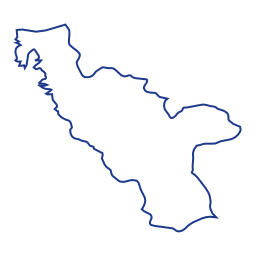 an SVG outline of Halland
{"feature_id": "SWE-187", "entity_name": "Halland", "entity_type": "County", "adm_level": 1, "iso_a3": "SWE", "parent_name": "Sweden", "parent_adm1": "", "projection": "natural_earth1", "projection_center": [12.697, 56.977], "detail": "fine", "context": "isolated", "style": "outline", "palette": "blue", "viewbox_px": 256, "rotation_deg": 0, "n_neighbors": 0, "source": "natural_earth", "source_scale": "10m", "svg_char_len": 3533}
<svg xmlns="http://www.w3.org/2000/svg" viewBox="0 0 256 256"><path d="M141.8,209.2L143.0,207.5L144.6,204.0L145.3,200.6L144.7,197.4L140.9,190.0L138.6,182.8L136.8,180.8L133.1,180.1L130.1,180.3L125.0,181.7L123.1,181.8L121.1,181.7L119.2,181.2L112.7,176.0L111.5,173.9L110.7,170.3L108.8,168.6L106.6,167.1L104.6,164.5L101.9,158.4L102.7,154.9L102.4,153.1L94.3,149.0L93.8,148.4L93.7,147.8L93.7,147.2L93.4,146.8L92.6,146.4L90.6,146.0L89.9,145.6L87.5,142.5L86.2,141.6L82.2,140.9L79.0,139.4L74.3,138.3L72.0,136.4L70.6,133.6L70.2,130.1L70.5,129.3L71.6,127.9L71.9,127.4L71.7,126.4L71.2,124.8L71.1,124.0L70.8,123.1L70.1,121.8L69.1,120.7L65.2,119.4L61.3,117.2L58.3,114.3L58.1,111.3L57.2,111.0L54.7,109.1L57.1,106.6L56.6,104.5L53.0,100.2L52.6,98.9L52.2,95.7L52.1,94.2L51.4,94.2L47.5,94.4L46.1,93.7L50.0,91.1L51.4,89.8L50.0,89.2L47.2,89.1L44.7,88.6L42.5,87.6L40.1,85.9L43.6,85.9L45.3,85.5L47.0,84.9L45.2,84.1L43.4,83.7L39.3,83.7L39.3,82.6L40.6,81.6L41.5,80.5L42.4,79.6L45.3,78.9L45.9,78.0L45.9,76.9L45.3,75.9L45.5,74.0L44.6,72.5L43.2,71.3L41.9,70.4L41.5,70.0L41.2,69.2L40.6,68.5L39.7,68.1L38.7,68.4L36.7,69.2L35.9,69.2L33.7,67.4L35.4,65.4L38.7,63.1L41.1,60.4L35.0,60.4L37.8,59.2L39.0,57.7L38.7,55.8L34.9,50.0L34.2,49.4L33.0,49.6L32.1,50.3L31.3,51.2L30.4,51.6L28.3,54.0L26.6,65.0L24.8,68.1L24.0,65.3L21.2,65.8L19.1,65.8L20.6,61.5L19.1,61.6L17.8,61.6L16.5,61.2L15.4,60.4L16.9,59.0L16.7,56.8L15.8,54.3L15.4,51.6L15.9,49.0L17.0,47.2L18.7,46.0L20.6,45.0L18.5,43.7L16.3,42.8L17.1,42.6L18.9,41.6L16.3,39.9L15.5,39.5L17.3,37.0L16.7,30.0L22.1,29.5L36.3,31.7L45.8,30.4L65.4,24.6L69.1,29.9L69.4,32.0L69.4,35.0L69.1,37.7L68.9,42.3L69.0,43.1L69.1,43.5L69.7,44.9L72.7,47.6L76.5,50.5L78.4,52.3L79.6,53.7L79.8,55.0L79.6,56.4L79.0,58.1L77.2,61.1L76.7,62.2L77.0,64.3L77.9,67.0L81.9,74.7L83.4,76.4L84.8,77.1L88.1,77.2L90.0,76.8L92.0,76.0L93.4,74.8L94.6,73.3L95.5,72.0L96.5,71.1L102.0,67.5L103.4,67.3L108.1,68.1L112.0,68.1L113.7,68.6L115.5,69.9L121.2,75.2L124.0,76.3L125.8,76.3L129.1,75.3L130.2,75.3L131.1,75.8L132.1,76.8L133.5,77.6L135.8,78.2L145.8,79.3L146.7,79.5L147.1,80.0L147.1,80.9L146.9,81.9L146.5,82.9L144.1,86.5L143.9,88.2L145.0,90.4L147.0,91.9L150.5,92.6L155.2,92.9L156.3,93.5L157.4,94.9L158.7,96.2L159.8,97.0L167.5,98.7L165.4,100.5L164.8,101.7L164.2,104.0L164.1,106.3L164.6,108.6L165.6,110.6L168.2,113.9L170.2,117.4L170.8,117.8L171.9,118.0L173.4,117.5L174.5,116.7L175.5,115.9L177.5,113.4L178.6,112.5L181.0,111.3L181.8,110.8L182.2,110.1L182.7,109.3L182.9,108.4L183.6,107.8L184.6,107.5L186.8,107.5L202.4,104.6L204.7,104.7L206.5,105.0L210.0,106.0L214.1,106.6L215.1,107.0L216.2,107.6L217.8,108.9L222.5,110.3L225.2,111.6L227.3,113.2L228.4,115.6L228.4,117.6L228.5,119.2L229.1,120.6L233.3,123.9L240.1,126.8L240.6,129.8L240.0,131.7L238.0,134.7L235.6,136.9L233.5,138.2L231.1,139.2L220.7,141.3L215.8,143.3L214.0,143.6L205.6,143.7L203.6,143.9L199.3,145.2L197.2,145.5L196.5,145.9L195.8,146.8L194.2,149.3L193.4,151.3L193.0,153.6L193.2,158.2L192.6,166.2L192.8,168.7L192.8,170.0L192.5,171.0L191.8,172.4L192.1,173.0L195.1,175.1L197.4,177.4L205.8,188.4L208.2,192.3L209.6,195.5L210.5,200.5L210.5,202.7L210.4,204.3L210.1,205.1L210.0,206.4L210.2,207.7L210.6,209.3L212.6,213.6L216.3,217.4L210.1,216.7L206.1,217.2L202.4,218.2L193.4,222.2L190.4,224.0L187.7,226.0L185.5,228.3L182.2,230.6L179.3,231.4L177.4,231.2L175.8,230.4L174.4,229.3L172.6,228.3L155.1,226.0L151.2,225.0L150.4,224.4L150.0,223.3L150.0,222.0L150.5,220.5L151.2,219.0L151.6,217.9L151.5,216.9L151.2,215.7L150.6,214.9L150.0,214.2L144.2,211.3L141.8,209.2L141.8,209.2Z" fill="none" stroke="#1e3a8a" stroke-width="2"/></svg>